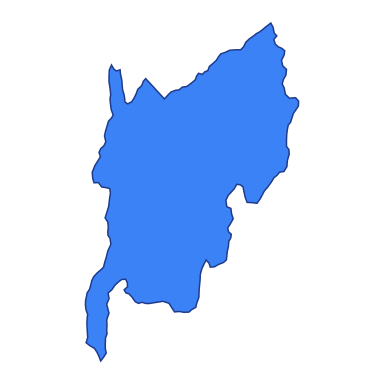 the district of Jussari, Bahia, Brazil
{"feature_id": "56859067B48740648537316", "entity_name": "Jussari", "entity_type": "district", "adm_level": 2, "iso_a3": "BRA", "parent_name": "Brazil", "parent_adm1": "Bahia", "projection": "robinson", "projection_center": [-39.507, -15.151], "detail": "fine", "context": "isolated", "style": "filled", "palette": "blue", "viewbox_px": 384, "rotation_deg": 0, "n_neighbors": 0, "source": "geoboundaries", "source_scale": "gbopen_adm2", "svg_char_len": 2957}
<svg xmlns="http://www.w3.org/2000/svg" viewBox="0 0 384 384"><path d="M283.9,171.5L286.9,166.7L287.4,160.4L289.2,154.1L288.9,149.6L286.5,146.4L286.5,140.4L286.7,134.8L287.2,130.5L288.2,125.1L290.5,122.4L291.9,118.0L293.3,113.6L295.5,110.4L298.4,106.0L298.6,101.2L295.6,97.7L289.4,98.2L285.4,94.3L284.2,88.0L282.2,83.9L283.5,79.2L285.9,75.2L286.5,69.4L282.7,65.8L281.5,60.4L284.2,54.8L284.7,50.7L281.7,48.3L278.2,46.8L275.3,44.1L273.8,39.4L276.8,35.9L274.2,33.0L273.1,27.4L270.8,23.0L268.3,25.0L265.5,27.1L262.2,29.9L259.2,32.1L256.1,33.8L253.2,36.2L249.4,38.8L245.8,42.2L243.6,46.8L240.6,49.8L235.3,49.8L229.6,50.3L224.9,52.5L220.7,53.9L218.5,56.8L216.4,60.2L213.2,63.3L209.5,66.2L207.8,70.6L204.8,71.8L202.3,74.4L198.6,73.3L196.6,76.0L195.3,79.8L191.1,83.3L186.7,86.5L182.3,87.1L179.0,89.9L175.5,90.3L171.0,92.0L167.6,95.4L164.4,98.9L145.7,78.6L143.3,81.3L141.8,85.5L137.8,89.3L136.1,93.9L134.3,97.7L131.8,101.6L127.8,103.9L125.0,102.0L124.6,98.0L123.9,93.9L122.7,90.4L122.2,85.7L121.9,80.7L121.1,76.9L120.4,73.4L120.1,69.8L116.2,71.0L113.7,68.8L111.5,65.0L109.3,70.1L109.0,76.5L109.0,81.8L110.0,88.0L110.7,94.5L110.0,98.9L110.4,103.5L111.2,109.6L113.2,115.1L111.5,118.0L108.5,121.1L107.0,126.3L105.5,131.3L104.5,135.9L105.8,141.8L103.8,146.0L100.8,148.5L99.0,152.4L100.4,156.8L98.0,160.6L95.0,165.4L92.2,172.3L92.7,178.2L94.0,182.8L98.4,182.6L101.7,187.0L106.0,187.6L109.8,188.6L110.4,193.3L109.6,198.3L108.7,206.3L107.0,211.9L105.1,217.9L107.7,221.9L108.3,226.6L107.8,231.8L108.0,235.4L110.0,238.3L110.9,244.3L107.8,251.0L106.3,257.2L104.7,262.4L103.5,267.2L101.2,269.5L97.3,272.8L93.8,276.6L91.8,280.5L90.9,284.5L89.6,289.1L87.1,293.0L86.4,296.8L85.6,300.4L85.4,304.6L86.0,309.8L87.6,314.2L87.2,317.8L86.9,322.4L87.1,328.0L87.4,333.3L87.7,337.5L86.1,342.7L89.8,345.6L94.5,348.4L97.3,352.8L98.8,356.0L100.7,361.0L103.7,357.1L106.2,353.0L105.3,348.6L105.3,343.6L105.5,337.9L107.0,333.9L106.7,329.8L107.0,325.3L106.7,320.3L107.7,316.6L109.0,313.2L107.9,309.0L106.7,304.0L109.1,298.6L108.1,293.0L111.9,289.7L114.9,285.3L117.9,282.4L121.7,279.5L125.6,279.2L127.3,282.6L127.5,286.8L124.1,289.8L125.9,292.9L129.0,293.9L132.1,297.2L135.1,301.6L138.4,303.4L141.9,302.3L146.0,303.5L149.4,303.5L154.1,302.7L159.2,301.9L162.9,301.3L169.0,303.3L172.2,308.4L174.5,311.9L179.2,311.5L184.0,312.3L188.9,312.1L191.9,309.5L195.8,307.3L196.7,303.3L198.9,297.2L199.1,290.1L199.6,284.8L200.1,279.7L200.3,274.5L201.9,268.6L203.5,265.1L206.1,260.0L209.0,263.2L210.2,267.1L214.2,266.9L218.7,264.4L223.7,262.4L226.4,259.8L226.8,256.1L227.2,251.9L228.4,246.4L228.8,241.4L230.7,238.1L231.3,234.3L228.6,231.8L227.7,228.0L230.5,223.6L233.2,218.8L231.6,213.9L230.9,208.4L226.8,206.7L225.9,200.2L228.3,195.3L233.9,189.2L236.8,184.3L240.3,184.8L243.0,186.9L244.1,192.4L245.2,197.3L247.1,202.4L252.5,202.7L257.0,203.3L260.4,198.5L262.9,193.7L264.5,190.7L267.5,187.4L271.1,182.4L274.1,177.6L276.8,175.5L279.6,172.2L283.9,171.5Z" fill="#3b82f6" stroke="#1e3a8a" stroke-width="1.5"/></svg>